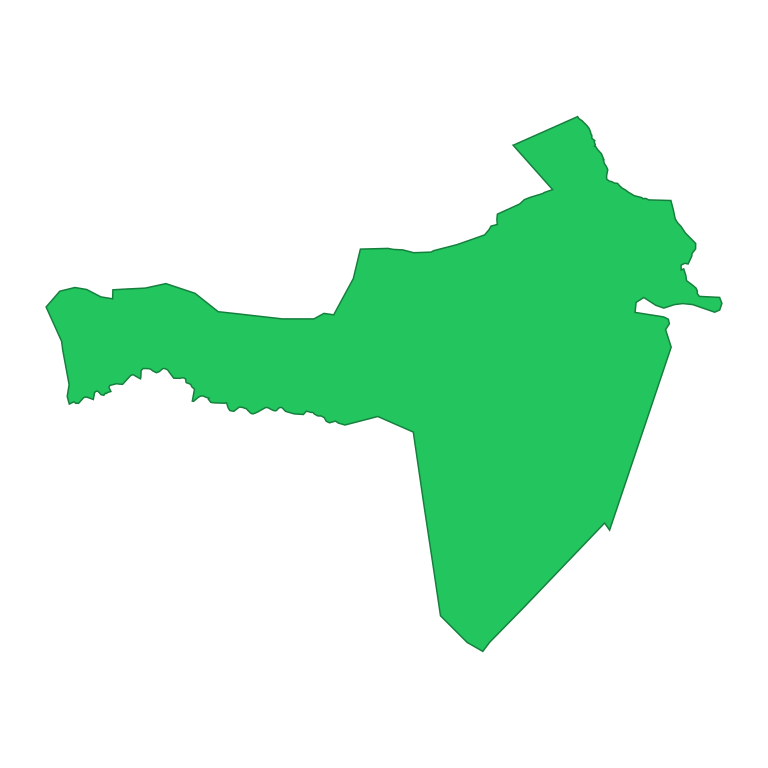 the district of San Francisco Chindúa, Oaxaca, Mexico
{"feature_id": "50627088B18479476628960", "entity_name": "San Francisco Chindúa", "entity_type": "district", "adm_level": 2, "iso_a3": "MEX", "parent_name": "Mexico", "parent_adm1": "Oaxaca", "projection": "orthographic", "projection_center": [-97.323, 17.415], "detail": "fine", "context": "isolated", "style": "filled", "palette": "green", "viewbox_px": 768, "rotation_deg": 0, "n_neighbors": 0, "source": "geoboundaries", "source_scale": "gbopen_adm2", "svg_char_len": 3361}
<svg xmlns="http://www.w3.org/2000/svg" viewBox="0 0 768 768"><path d="M670.9,200.5L648.7,199.9L645.8,198.4L643.0,198.7L641.9,197.6L634.3,195.7L628.4,192.2L625.7,190.1L622.3,188.2L619.8,186.0L617.6,183.4L614.5,183.1L611.8,181.7L608.9,180.9L607.6,179.8L606.7,179.2L606.6,175.9L607.4,171.5L607.8,169.9L607.1,168.0L605.9,165.8L604.5,163.8L603.3,159.8L603.9,159.7L601.4,153.7L597.7,149.7L595.5,146.4L594.5,146.2L595.3,144.7L594.2,141.8L594.8,140.7L591.9,138.3L591.8,135.2L590.6,133.3L590.7,132.3L589.0,128.3L586.8,125.5L582.7,121.4L582.2,120.8L579.0,118.7L577.6,116.6L513.5,145.1L513.1,145.2L552.6,189.6L544.0,192.6L542.9,193.5L529.7,197.5L524.3,199.7L519.9,203.8L518.8,204.4L497.4,214.1L496.9,219.0L497.2,224.3L497.2,224.5L491.1,226.1L489.0,229.7L484.6,234.9L478.7,237.0L456.8,244.7L433.5,250.7L431.1,252.1L413.7,252.7L402.9,249.9L393.3,249.4L388.1,248.4L360.4,249.1L353.3,278.6L333.7,314.8L323.9,313.4L313.9,318.9L282.4,318.9L236.6,313.7L218.2,311.7L195.0,293.3L165.9,283.6L145.3,288.1L126.8,289.0L112.9,289.8L112.6,298.8L100.9,296.9L86.7,289.5L74.9,287.5L59.8,291.2L46.1,307.0L61.6,341.3L62.7,349.9L69.1,384.6L67.2,396.5L69.3,404.1L73.7,401.9L74.7,402.2L75.7,403.3L78.6,403.3L83.6,397.7L85.8,397.0L87.1,397.3L87.9,397.5L93.3,399.5L93.6,397.9L94.6,392.5L96.3,391.2L97.8,391.3L99.3,392.7L100.6,394.2L100.9,394.6L103.8,395.3L105.3,393.3L106.5,393.4L108.1,392.3L110.9,391.5L109.8,389.2L108.9,387.3L109.9,385.4L116.7,383.7L118.9,384.1L122.6,384.3L130.6,375.6L133.1,374.6L133.9,375.1L137.1,377.0L140.5,378.8L140.9,376.5L141.1,370.5L143.2,368.5L149.1,368.7L150.5,369.1L153.1,371.1L156.4,372.7L159.3,371.6L162.9,368.5L165.2,368.7L167.7,369.9L168.9,371.7L171.6,375.3L173.7,378.2L179.2,378.3L179.9,378.3L182.6,377.7L184.1,378.1L185.7,379.1L186.0,382.2L186.5,382.8L188.5,383.4L190.8,384.5L191.7,386.7L193.4,388.2L194.5,388.9L192.3,401.1L193.6,401.3L195.5,399.7L198.2,397.4L200.5,396.1L202.7,395.9L207.0,397.6L209.0,398.1L208.3,399.1L210.8,402.4L214.9,402.9L225.0,403.2L226.4,402.8L226.7,403.1L227.7,406.6L228.5,408.5L229.9,410.6L233.9,411.3L239.4,407.0L242.5,407.5L243.1,407.5L243.6,407.6L244.1,408.1L246.2,408.6L249.1,411.6L250.4,412.9L251.7,413.7L253.3,413.8L254.5,413.4L257.7,412.0L262.1,409.5L264.4,408.2L265.8,407.5L267.5,407.6L268.6,408.0L270.7,409.2L273.0,410.3L274.5,410.8L275.6,410.8L276.7,410.4L277.4,409.4L278.9,408.0L280.0,407.5L281.1,407.5L282.2,407.8L283.4,409.1L285.5,411.3L287.6,412.0L289.8,412.6L294.3,413.9L299.0,414.2L303.4,414.5L306.3,411.2L309.0,411.8L310.6,412.4L312.9,412.4L314.3,414.0L317.8,415.9L321.2,416.0L324.2,417.6L326.3,421.3L329.5,422.8L335.5,421.1L338.4,423.1L345.0,425.0L377.8,416.5L413.3,432.1L424.1,506.2L432.5,561.7L440.5,615.8L467.2,642.5L482.8,651.4L489.6,642.3L524.3,606.9L604.6,523.0L609.6,530.1L671.2,347.1L668.8,339.7L667.0,334.0L665.6,329.6L669.4,323.7L668.6,320.5L668.5,319.9L668.3,319.2L663.9,317.0L660.5,316.4L648.4,314.5L635.1,312.4L635.7,306.3L636.1,302.4L643.8,297.5L655.8,305.3L663.8,308.1L674.5,304.6L682.6,303.6L683.1,303.6L692.7,304.6L714.7,312.2L719.7,310.0L721.9,303.4L719.6,297.4L699.4,296.4L697.3,293.6L697.3,290.9L696.0,288.1L693.6,286.0L691.2,284.1L686.6,280.7L685.8,275.4L683.7,268.8L681.2,270.0L681.1,265.1L684.8,263.3L688.1,264.0L691.8,256.1L692.0,253.6L695.6,248.9L695.7,243.5L685.3,232.9L681.0,226.4L677.7,222.9L675.2,218.8L673.3,209.7L670.9,200.5Z" fill="#22c55e" stroke="#15803d" stroke-width="1.5"/></svg>